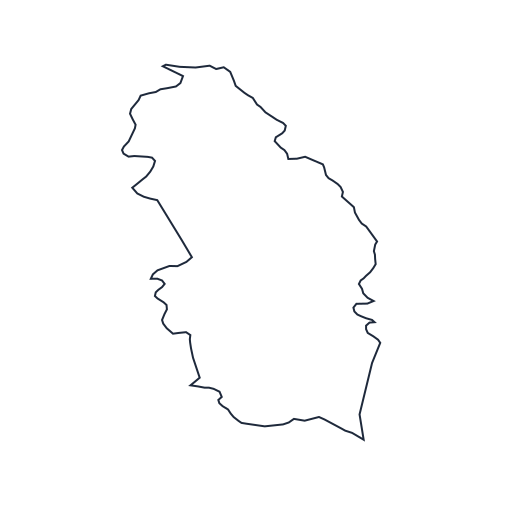 São Mamede, Paraíba, Brazil (Mercator projection), rotated 205°
{"feature_id": "56859067B24590178587269", "entity_name": "São Mamede", "entity_type": "district", "adm_level": 2, "iso_a3": "BRA", "parent_name": "Brazil", "parent_adm1": "Paraíba", "projection": "mercator", "projection_center": [-37.075, -6.928], "detail": "fine", "context": "isolated", "style": "outline", "palette": "slate", "viewbox_px": 512, "rotation_deg": 205, "n_neighbors": 0, "source": "geoboundaries", "source_scale": "gbopen_adm2", "svg_char_len": 2211}
<svg xmlns="http://www.w3.org/2000/svg" viewBox="0 0 512 512"><g transform="rotate(205 256 256)"><path d="M80.8,135.0L95.2,156.2L105.6,208.1L106.7,229.8L110.0,231.7L115.7,232.8L122.2,233.5L125.3,236.2L126.8,239.4L125.0,243.6L120.6,246.1L123.8,247.1L130.0,246.1L135.5,245.8L139.4,245.8L143.4,247.3L145.9,250.4L144.8,255.1L135.0,259.9L130.4,264.9L137.2,265.3L143.0,267.5L146.1,271.1L150.9,274.1L150.8,278.1L149.0,281.2L147.9,284.5L145.7,289.5L144.6,294.6L144.1,299.2L146.8,303.7L148.8,307.5L151.2,310.2L152.8,316.8L152.4,320.3L168.6,329.3L173.9,330.1L178.0,332.3L184.7,337.2L187.9,341.6L203.3,346.2L204.3,350.8L208.5,354.3L212.3,355.7L218.6,356.8L223.1,357.2L226.8,359.0L231.7,365.1L234.1,367.3L246.4,366.9L253.4,366.7L260.0,361.5L267.7,357.6L271.0,361.8L275.0,364.0L279.4,364.7L287.6,368.0L288.2,372.0L284.1,378.3L283.0,381.8L284.0,386.6L287.6,388.0L294.7,388.2L308.2,390.2L314.9,393.0L319.1,393.7L325.7,397.9L331.2,398.3L335.5,399.0L346.3,401.6L350.1,405.5L357.2,412.0L365.0,413.4L371.2,408.6L378.4,408.9L390.4,401.3L405.1,395.2L418.5,391.3L420.6,388.6L398.2,388.2L397.6,380.8L400.2,375.8L407.5,370.5L413.1,366.7L416.1,362.3L421.7,358.3L428.3,352.6L428.3,347.7L431.2,336.5L430.3,331.7L425.3,327.6L420.6,324.1L419.7,320.5L419.8,306.0L422.0,299.4L422.2,295.4L419.3,292.8L413.5,292.2L408.5,295.2L396.0,300.1L391.8,301.2L387.7,299.5L386.9,293.7L387.5,287.8L389.1,281.6L391.1,277.7L394.7,270.2L397.0,265.6L390.0,262.5L382.7,262.3L376.2,263.3L369.1,264.9L330.0,239.0L313.6,227.8L316.6,221.2L322.9,213.6L330.2,210.4L339.2,201.4L341.7,195.8L341.7,190.9L335.9,193.7L330.8,194.1L327.0,192.1L328.0,188.1L330.2,184.1L331.5,180.7L330.7,177.0L327.3,175.9L320.2,175.0L316.4,173.8L314.2,170.0L314.4,164.7L314.1,158.3L311.5,155.5L306.4,152.8L298.4,150.5L293.4,153.7L287.2,157.4L282.1,156.6L280.8,152.6L279.1,149.7L275.9,144.9L270.1,137.2L255.6,121.9L260.7,111.1L253.4,113.3L247.1,114.9L242.9,116.8L238.3,117.7L231.7,117.6L227.5,113.8L229.3,109.6L227.0,107.1L222.8,105.8L216.5,105.1L212.3,102.5L208.2,100.6L202.2,99.2L198.6,98.6L194.0,99.9L176.1,105.3L160.3,114.8L155.9,119.0L152.8,124.4L142.3,127.3L130.9,136.7L124.8,136.8L105.1,135.7L101.4,135.4L94.2,136.3L80.8,135.0Z" fill="none" stroke="#1e293b" stroke-width="2"/></g></svg>